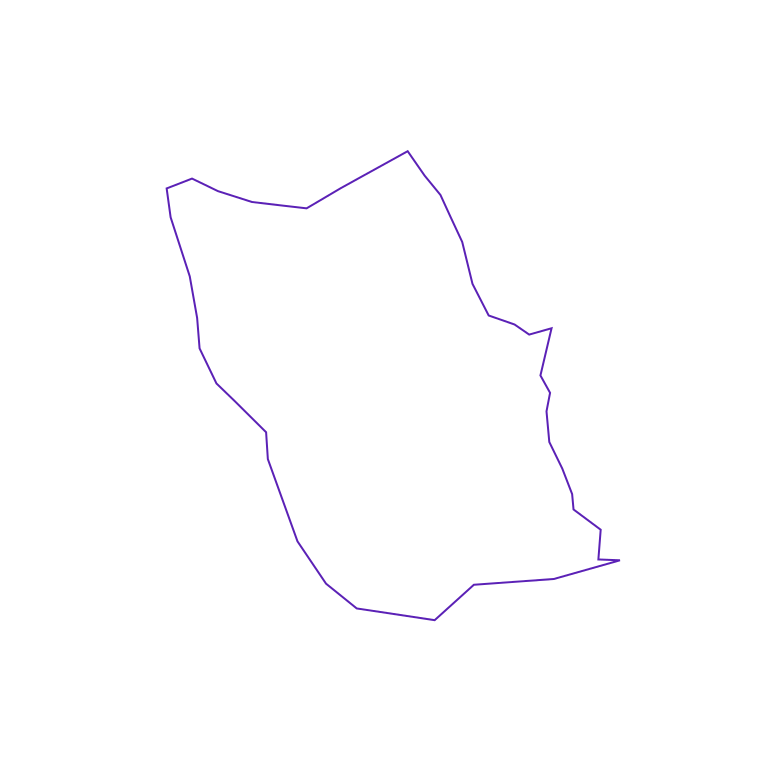 the district of Angolemi, Cyprus, rotated 134°
{"feature_id": "46923920B8588599925202", "entity_name": "Angolemi", "entity_type": "district", "adm_level": 2, "iso_a3": "CYP", "parent_name": "Cyprus", "parent_adm1": "", "projection": "natural_earth1", "projection_center": [32.945, 35.116], "detail": "fine", "context": "isolated", "style": "outline", "palette": "violet", "viewbox_px": 768, "rotation_deg": 134, "n_neighbors": 0, "source": "geoboundaries", "source_scale": "gbopen_adm2", "svg_char_len": 669}
<svg xmlns="http://www.w3.org/2000/svg" viewBox="0 0 768 768"><g transform="rotate(134 384 384)"><path d="M200.1,528.7L272.7,551.0L311.4,561.7L326.2,581.0L344.8,605.4L360.6,637.4L369.6,664.8L394.3,676.2L412.3,653.3L441.5,598.5L466.3,564.3L486.5,541.4L500.0,504.9L500.0,479.8L500.6,435.3L518.7,415.4L557.3,336.9L567.9,287.0L564.4,247.7L518.7,183.5L466.0,179.9L406.3,126.4L346.9,91.8L361.3,107.9L338.3,126.9L342.6,160.5L332.5,172.2L321.0,197.0L310.9,224.8L290.8,248.1L275.0,258.4L269.2,277.4L227.5,302.2L247.6,313.9L250.5,331.4L262.0,356.3L250.5,389.9L227.5,426.4L217.4,452.7L208.8,474.7L205.9,499.5L200.1,528.7Z" fill="none" stroke="#5b21b6" stroke-width="2"/></g></svg>